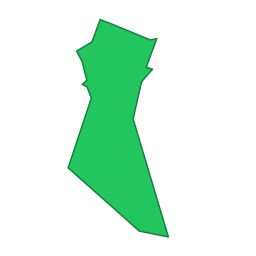 map outline of Adrar (Albers equal-area conic projection), rotated 109°
{"feature_id": "MRT-2795", "entity_name": "Adrar", "entity_type": "Region", "adm_level": 1, "iso_a3": "MRT", "parent_name": "Mauritania", "parent_adm1": "", "projection": "albers", "projection_center": [-10.597, 21.416], "detail": "fine", "context": "isolated", "style": "filled", "palette": "green", "viewbox_px": 256, "rotation_deg": 109, "n_neighbors": 0, "source": "natural_earth", "source_scale": "10m", "svg_char_len": 719}
<svg xmlns="http://www.w3.org/2000/svg" viewBox="0 0 256 256"><g transform="rotate(109 128 128)"><path d="M34.2,129.9L40.9,130.0L47.5,130.2L53.1,130.3L57.5,130.4L60.3,130.4L61.2,130.4L64.7,130.5L64.5,126.3L64.4,124.1L64.5,124.1L65.1,124.3L79.9,130.2L117.8,126.1L217.8,54.4L217.9,54.5L218.1,56.1L218.5,59.5L219.0,63.0L219.2,64.6L219.6,67.7L220.0,70.7L220.4,73.8L220.9,76.9L221.3,80.0L221.7,83.1L221.8,83.7L221.8,83.8L221.6,84.2L185.5,170.8L185.2,171.6L112.3,172.4L111.8,172.4L102.9,179.7L102.4,180.1L101.8,184.5L101.7,185.4L96.2,182.4L91.1,185.9L80.1,193.0L77.2,196.1L72.0,201.6L58.3,190.1L34.6,189.6L34.8,182.6L34.9,178.7L37.5,135.5L37.0,134.8L34.2,129.9Z" fill="#22c55e" stroke="#15803d" stroke-width="1.5"/></g></svg>